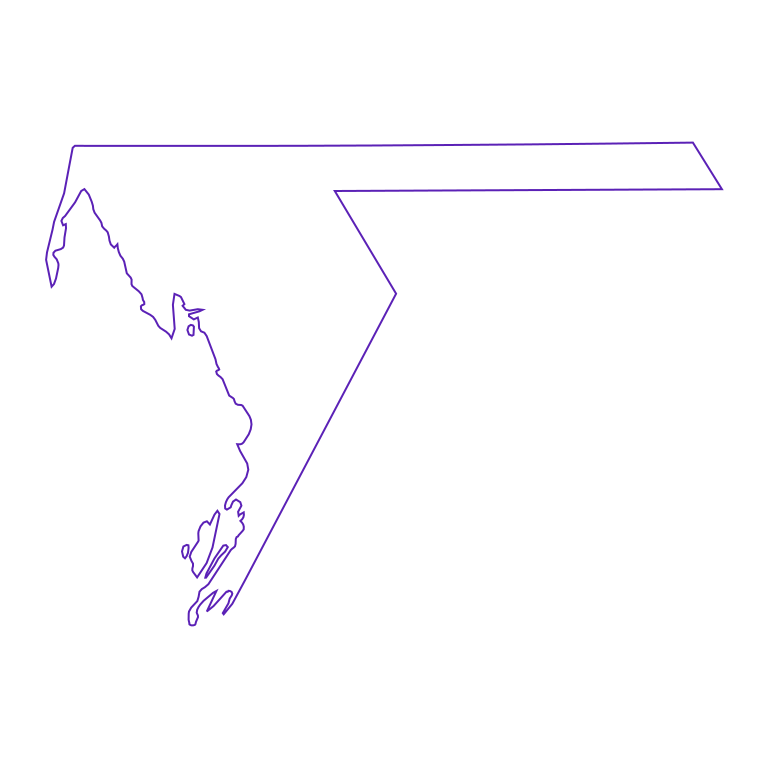 Dakhlet Nouadhibou, orthographic projection
{"feature_id": "MRT-2785", "entity_name": "Dakhlet Nouadhibou", "entity_type": "Region", "adm_level": 1, "iso_a3": "MRT", "parent_name": "Mauritania", "parent_adm1": "", "projection": "orthographic", "projection_center": [-16.46, 20.371], "detail": "fine", "context": "isolated", "style": "outline", "palette": "violet", "viewbox_px": 768, "rotation_deg": 0, "n_neighbors": 0, "source": "natural_earth", "source_scale": "10m", "svg_char_len": 3489}
<svg xmlns="http://www.w3.org/2000/svg" viewBox="0 0 768 768"><path d="M51.6,286.7L46.1,259.8L47.0,252.4L52.5,229.8L54.1,221.8L64.1,193.3L68.6,169.4L72.7,147.8L74.9,145.8L101.8,145.9L111.4,145.9L138.5,145.9L180.7,145.9L235.3,145.9L300.0,145.8L372.1,145.5L449.3,145.0L528.9,144.4L608.6,143.6L685.7,142.7L692.9,142.6L721.9,189.2L334.8,191.0L396.1,293.7L245.3,579.7L232.3,603.8L223.7,614.3L222.8,613.1L228.4,603.4L229.7,598.6L231.8,595.3L232.3,593.6L231.6,591.9L230.0,591.0L228.4,590.8L227.7,591.8L226.5,591.7L213.5,606.1L206.8,611.5L216.4,591.0L213.1,592.8L203.6,600.8L200.2,604.6L198.6,606.9L197.2,609.7L196.7,612.7L197.9,615.5L198.0,617.1L196.0,621.8L195.4,624.2L194.8,624.9L193.4,625.3L191.8,625.4L190.6,625.1L189.5,624.4L189.3,623.9L189.4,623.2L189.0,621.7L188.6,619.7L188.7,613.6L189.0,611.5L191.2,607.6L197.3,601.1L198.6,596.8L199.5,591.7L201.8,589.1L204.9,587.2L208.4,584.2L230.8,550.0L232.2,548.7L233.7,547.6L235.0,546.3L235.6,543.9L235.8,539.0L236.6,537.1L238.0,536.4L238.5,535.4L242.6,530.9L243.7,529.4L243.8,526.7L243.2,524.5L242.0,522.6L240.4,520.9L242.2,519.2L243.4,517.2L243.9,514.9L243.7,512.4L240.0,514.5L238.7,515.8L238.1,511.8L241.4,505.7L240.3,502.2L236.0,499.5L233.0,501.6L231.3,505.3L230.7,507.3L226.9,509.6L225.2,508.5L225.0,505.5L225.9,502.2L227.2,499.4L228.6,497.3L242.4,483.2L246.3,477.1L248.3,469.7L247.2,463.5L240.1,451.0L237.2,444.2L239.0,444.3L240.7,444.2L242.2,443.6L243.6,442.3L248.8,434.2L250.7,429.3L251.5,424.4L250.9,419.8L249.4,416.1L242.6,405.7L241.2,405.0L237.9,404.8L235.7,403.7L234.6,401.4L233.9,399.0L232.9,398.0L229.2,395.6L222.6,379.2L220.5,377.0L218.4,375.5L216.9,374.0L216.2,371.5L216.9,370.7L218.2,370.2L219.2,369.5L218.7,368.1L218.0,367.1L216.5,364.0L215.5,359.3L206.7,336.1L204.4,332.7L201.0,331.3L199.1,328.2L198.8,322.0L197.8,317.5L193.8,319.4L189.0,316.2L189.0,314.3L199.5,311.3L202.6,309.8L197.8,309.2L189.6,310.6L185.8,309.8L182.6,305.8L184.4,304.1L181.0,297.1L179.5,296.0L174.5,293.9L172.9,304.8L174.7,328.9L171.5,338.3L169.1,334.4L166.1,331.7L160.2,327.9L158.3,325.8L155.3,319.9L153.1,316.9L150.2,314.8L142.9,310.9L141.1,309.2L140.9,306.3L142.0,305.2L143.5,304.7L144.3,304.1L144.2,302.0L142.9,299.9L142.6,298.1L141.5,294.3L138.8,291.3L132.4,286.1L131.5,284.2L131.6,279.6L130.7,277.6L126.8,273.3L124.2,261.6L122.8,258.7L120.4,255.7L118.8,252.0L117.8,248.1L117.4,244.3L116.4,245.5L114.9,246.8L114.2,247.7L110.8,244.4L109.5,240.6L108.9,236.5L107.7,232.3L106.2,230.5L104.1,228.7L102.2,226.4L101.4,222.8L100.1,220.4L94.6,212.7L93.3,209.2L92.9,205.7L91.7,201.7L88.8,194.6L84.4,189.1L81.2,191.0L75.1,202.3L65.1,216.0L62.8,218.0L61.4,220.9L63.1,225.3L65.8,224.1L66.0,228.3L64.5,237.4L64.0,245.5L63.1,247.6L60.8,249.1L55.4,250.7L53.5,252.7L53.3,254.9L54.4,256.7L56.7,259.3L58.3,263.3L58.5,265.0L58.2,268.0L56.0,278.5L54.0,284.0L51.6,286.7ZM209.9,524.5L214.5,514.6L217.4,510.8L219.5,514.0L212.5,547.5L206.6,563.1L197.1,577.4L193.1,572.0L192.3,570.4L192.4,568.4L193.0,566.1L193.0,563.6L191.5,561.0L189.7,556.6L191.3,551.9L198.1,541.6L198.6,540.6L198.3,533.3L198.6,531.1L200.5,526.4L203.5,522.6L206.9,521.3L209.9,524.5ZM223.3,545.6L226.0,545.1L227.8,547.1L225.1,551.6L221.2,555.3L218.3,558.6L214.4,565.7L206.0,577.7L205.3,577.7L206.5,573.4L214.5,558.4L223.3,545.6ZM186.7,544.9L188.4,545.3L188.6,547.8L188.0,552.8L186.5,556.4L185.0,558.3L183.2,556.7L182.0,551.4L183.4,546.5L186.7,544.9ZM190.8,324.9L192.9,325.4L193.9,326.7L193.5,334.9L192.0,335.7L189.0,334.5L187.4,330.0L188.6,326.3L190.8,324.9Z" fill="none" stroke="#5b21b6" stroke-width="2"/></svg>